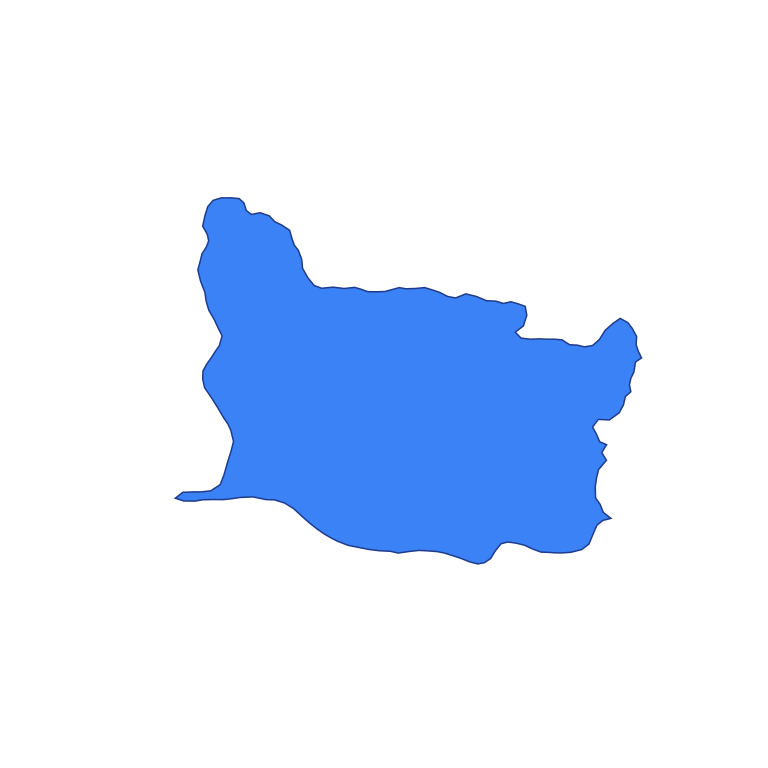 the district of Periquito, Minas Gerais, Brazil, rotated 56°
{"feature_id": "56859067B61027947729377", "entity_name": "Periquito", "entity_type": "district", "adm_level": 2, "iso_a3": "BRA", "parent_name": "Brazil", "parent_adm1": "Minas Gerais", "projection": "albers", "projection_center": [-42.236, -19.085], "detail": "fine", "context": "isolated", "style": "filled", "palette": "blue", "viewbox_px": 768, "rotation_deg": 56, "n_neighbors": 0, "source": "geoboundaries", "source_scale": "gbopen_adm2", "svg_char_len": 2330}
<svg xmlns="http://www.w3.org/2000/svg" viewBox="0 0 768 768"><g transform="rotate(56 384 384)"><path d="M151.8,446.1L161.1,446.8L167.3,449.3L171.2,454.9L174.3,462.1L179.4,467.7L185.3,474.5L195.9,478.5L207.8,481.2L216.0,485.2L225.0,488.0L235.6,488.7L244.2,490.1L253.6,491.3L260.2,499.2L262.6,505.5L265.7,512.7L268.4,519.9L271.9,526.7L278.4,531.5L286.7,534.8L298.4,534.7L310.9,535.1L322.2,535.8L330.1,535.8L336.8,536.9L347.5,540.9L354.1,548.3L361.6,557.7L369.9,567.5L375.8,576.1L375.7,587.3L371.3,595.7L367.1,602.0L361.3,611.4L362.0,620.9L368.9,615.5L375.4,606.2L378.8,598.7L384.0,590.6L389.8,582.2L393.7,574.9L397.5,566.9L404.3,555.8L413.8,546.5L418.9,539.5L427.2,532.9L437.1,528.5L447.9,526.0L457.9,523.4L467.1,520.4L474.5,517.6L480.7,514.6L488.2,510.6L497.9,503.8L505.6,496.1L512.4,489.4L519.7,481.0L526.2,472.3L532.1,466.8L536.7,457.2L541.5,448.1L546.6,441.3L552.8,433.5L558.3,428.1L563.8,423.8L570.8,418.3L579.4,412.4L585.6,406.9L588.3,400.6L588.3,393.1L584.6,385.0L581.9,376.3L584.2,369.7L590.1,363.2L596.3,357.6L604.0,353.0L611.2,347.8L615.4,342.0L619.4,336.9L623.6,330.9L628.0,323.2L631.8,312.7L631.3,303.6L626.0,295.6L620.1,286.4L619.5,278.8L622.3,271.0L613.0,274.0L604.4,272.1L596.7,272.3L587.3,266.3L580.5,260.1L574.9,253.9L571.6,242.2L562.6,241.8L558.8,233.4L552.5,237.5L544.3,235.9L536.3,235.2L533.2,226.1L539.8,217.3L539.4,205.2L535.3,197.2L529.4,191.0L528.4,183.7L521.8,180.9L517.2,176.0L513.9,170.2L506.4,163.2L506.4,155.9L498.7,154.8L492.2,152.9L485.9,148.0L476.6,147.1L469.6,147.5L461.7,151.5L461.8,160.3L463.2,170.6L467.6,180.7L468.7,189.7L465.2,197.2L459.9,202.0L455.2,208.2L447.1,211.6L442.4,217.3L438.7,222.8L433.1,230.5L428.8,237.5L422.6,244.7L414.4,246.2L413.8,235.9L406.9,227.2L398.6,223.5L392.0,228.4L386.7,232.9L384.0,240.0L377.8,245.0L372.3,252.4L363.0,258.5L355.0,265.8L352.7,276.5L347.0,282.3L339.1,286.7L331.8,292.3L326.7,296.5L322.3,304.7L317.3,312.6L312.6,317.5L310.4,324.0L307.8,331.6L303.3,338.7L298.3,345.9L292.8,349.9L287.5,354.3L282.5,363.7L275.2,372.1L269.8,382.1L263.3,386.8L253.2,387.7L242.5,386.8L234.6,382.5L225.3,380.3L218.7,380.7L212.4,379.1L203.8,376.3L194.9,380.0L188.3,383.8L180.4,385.1L172.7,391.0L169.2,399.2L163.1,401.1L155.5,398.9L149.3,400.4L144.2,406.6L138.6,415.0L136.2,423.0L138.3,430.7L144.1,438.1L151.8,446.1Z" fill="#3b82f6" stroke="#1e3a8a" stroke-width="1.5"/></g></svg>